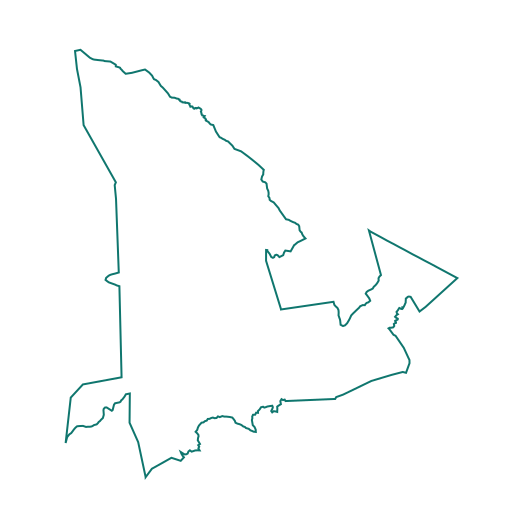 outline of San Andrés Cabecera Nueva, Oaxaca, Mexico, rotated 267°
{"feature_id": "50627088B54059614854517", "entity_name": "San Andrés Cabecera Nueva", "entity_type": "district", "adm_level": 2, "iso_a3": "MEX", "parent_name": "Mexico", "parent_adm1": "Oaxaca", "projection": "mercator", "projection_center": [-97.793, 16.825], "detail": "fine", "context": "isolated", "style": "outline", "palette": "teal", "viewbox_px": 512, "rotation_deg": 267, "n_neighbors": 0, "source": "geoboundaries", "source_scale": "gbopen_adm2", "svg_char_len": 5862}
<svg xmlns="http://www.w3.org/2000/svg" viewBox="0 0 512 512"><g transform="rotate(267 256 256)"><path d="M140.9,403.7L144.1,403.8L146.5,402.8L156.5,398.8L169.0,391.2L170.1,389.2L176.0,385.3L176.8,384.6L177.4,385.8L177.3,387.1L177.5,389.1L178.1,389.8L178.9,390.4L180.9,390.1L181.5,391.0L181.8,392.2L182.3,392.3L183.4,391.7L183.9,391.5L184.3,392.0L184.3,392.6L184.7,393.3L185.2,394.2L186.0,394.3L186.4,393.6L186.9,392.9L187.3,392.3L188.0,391.7L188.5,392.2L189.2,392.8L189.9,393.6L190.4,394.6L191.3,393.8L192.0,393.6L192.8,393.4L193.8,394.3L194.6,395.0L195.7,395.7L196.6,396.4L196.1,397.4L195.6,398.1L195.4,399.2L196.0,399.9L197.1,399.5L197.2,400.2L197.4,400.8L198.2,401.2L199.0,401.7L200.1,402.2L201.2,402.8L202.0,403.1L203.0,403.1L203.7,403.2L204.3,403.3L205.7,403.4L206.2,404.2L206.6,404.8L207.1,405.1L207.5,406.1L207.4,407.1L207.1,408.3L192.0,416.4L196.3,422.7L223.4,455.9L226.6,450.6L240.1,428.3L242.8,423.7L246.1,418.3L249.3,412.8L254.0,405.2L254.5,404.4L256.8,400.5L259.8,395.6L260.8,394.0L261.7,392.4L263.8,388.9L264.3,388.0L268.0,382.1L274.4,371.6L275.6,370.1L230.4,379.8L229.0,378.2L227.4,377.2L225.0,377.2L223.0,375.9L221.5,374.7L220.4,373.6L219.1,372.0L217.4,370.9L216.6,369.3L215.5,366.4L214.3,364.6L212.6,363.6L211.1,364.7L207.7,366.9L205.3,367.7L203.8,365.7L203.4,364.1L202.5,363.0L201.2,362.1L201.4,360.0L200.3,357.3L199.1,356.4L196.9,353.8L195.7,352.4L195.4,352.1L193.7,350.1L191.7,348.0L188.6,346.4L186.8,345.3L184.1,343.5L182.1,341.3L181.5,339.2L182.9,336.9L186.9,336.7L188.4,336.5L189.9,336.0L190.7,335.8L192.4,335.3L194.1,335.5L195.7,335.6L197.8,335.5L199.9,334.6L201.6,332.9L203.1,331.7L206.2,331.0L201.3,278.2L201.5,278.2L250.7,265.8L261.5,266.4L261.3,267.6L260.4,267.6L257.5,269.7L254.2,271.2L253.3,272.8L253.9,274.1L255.6,274.8L256.2,276.3L255.7,277.6L253.7,279.3L255.4,283.2L258.0,284.2L259.9,285.6L258.8,290.8L263.0,293.5L264.8,294.6L264.8,294.8L267.5,298.3L268.5,300.8L269.1,302.2L269.9,304.0L270.9,306.3L271.9,305.5L273.8,304.1L275.4,303.3L277.1,302.8L277.7,302.0L279.4,300.9L281.6,300.8L283.5,300.7L285.1,299.8L285.9,298.1L287.1,296.8L287.9,294.8L289.3,292.2L290.4,290.6L291.1,287.9L300.2,282.1L302.7,281.0L305.8,278.6L308.6,276.5L310.2,273.8L311.4,272.6L313.2,272.5L313.4,272.4L315.1,271.4L316.7,271.8L318.4,271.9L320.6,271.6L322.7,270.7L324.8,270.5L327.7,270.3L329.1,269.1L330.0,266.6L332.1,265.3L335.1,266.2L337.1,267.5L338.5,267.6L340.9,268.0L341.6,268.3L346.8,263.3L351.9,257.7L355.7,253.4L361.3,246.6L364.1,240.1L367.4,238.2L370.2,235.6L371.8,234.2L372.7,232.0L373.7,230.9L374.7,228.9L376.0,227.1L376.5,225.9L378.0,225.0L382.4,222.5L389.0,220.2L389.7,217.7L390.4,217.0L391.1,216.4L391.9,216.0L392.9,214.7L393.8,213.1L394.4,212.8L394.9,213.2L395.9,212.7L396.5,212.0L397.1,211.1L397.5,211.4L398.4,212.0L398.5,211.2L399.0,210.7L399.1,209.8L399.6,209.5L400.2,209.1L400.7,209.2L401.8,208.8L402.3,208.9L403.1,208.5L404.1,209.1L405.1,209.1L406.0,208.3L407.3,206.3L406.8,205.4L406.9,204.7L406.5,204.4L406.5,204.0L407.0,203.4L406.9,202.8L406.3,202.1L406.6,201.4L407.8,200.7L408.5,200.4L408.8,199.8L408.6,199.1L408.5,198.3L409.7,197.9L410.9,197.3L411.6,197.6L411.9,197.2L412.3,196.2L412.6,195.1L412.6,194.1L412.6,193.4L413.2,193.2L413.2,192.0L413.1,191.5L413.1,191.4L413.3,190.9L413.3,190.5L413.8,190.2L414.1,189.9L414.4,188.7L415.0,188.2L416.1,187.9L416.2,187.2L416.8,187.0L417.2,186.2L417.3,185.2L418.3,183.0L418.6,180.1L419.0,179.5L419.5,178.5L423.0,176.6L429.1,171.7L430.8,169.9L431.7,169.4L434.9,167.7L437.0,165.3L437.9,163.4L439.2,162.7L441.5,161.7L444.8,158.9L448.0,155.0L448.0,154.7L447.4,151.4L445.4,141.6L444.8,135.4L447.7,132.5L447.9,132.4L449.0,131.6L450.0,130.6L451.1,130.1L451.5,129.3L452.7,125.9L454.3,126.0L454.4,125.9L457.8,120.8L458.6,114.9L459.1,114.0L460.0,108.1L460.1,107.7L460.3,106.5L460.6,104.7L461.1,103.2L462.7,100.5L471.1,91.5L470.2,86.0L452.2,87.0L433.6,89.6L395.7,90.7L336.9,119.9L334.2,118.6L320.4,119.2L246.7,118.1L245.8,114.2L245.3,111.5L244.8,109.5L244.0,107.8L242.0,105.2L240.0,104.5L238.6,106.1L237.4,107.6L236.3,110.2L235.6,111.9L234.8,113.8L233.9,115.4L233.0,118.0L148.9,115.6L141.9,115.4L136.8,76.4L124.3,63.6L79.2,56.1L84.9,57.9L85.9,58.7L87.7,60.3L88.8,62.2L90.6,63.7L91.2,64.2L92.1,64.9L93.7,66.4L94.4,67.2L95.3,68.4L95.4,70.1L95.4,72.3L95.4,74.3L94.2,77.3L94.3,79.2L94.2,81.3L94.4,83.0L95.0,84.3L95.7,85.5L96.0,87.2L96.2,88.1L96.7,88.6L97.5,89.5L98.5,90.2L99.3,91.5L100.6,92.7L102.2,94.6L105.4,95.7L110.1,95.6L111.4,96.0L112.6,97.3L112.6,98.9L109.0,103.9L109.7,104.8L114.9,106.4L116.3,107.5L117.0,112.1L117.6,113.1L119.0,113.9L119.7,115.0L122.5,117.4L124.7,118.8L125.3,122.8L96.1,121.0L76.3,128.6L41.1,134.2L40.9,134.2L49.0,140.9L58.9,161.0L55.4,170.1L58.7,173.5L60.3,172.3L62.4,171.2L64.2,170.6L62.9,172.4L61.6,174.3L61.6,175.9L62.3,177.4L64.3,178.3L65.4,179.8L64.0,181.5L64.5,183.4L65.0,185.1L65.0,187.4L64.8,189.5L67.0,188.4L68.5,189.3L70.1,188.4L71.2,190.2L73.1,189.2L75.0,188.2L77.3,188.6L78.9,189.2L80.4,189.1L82.0,188.0L83.6,186.5L85.4,188.2L87.7,189.0L89.7,190.2L92.4,192.9L92.6,194.9L93.7,196.2L94.2,198.2L95.8,199.3L95.8,201.1L96.6,202.9L96.9,204.5L96.2,206.1L96.3,208.1L97.8,209.6L97.0,211.4L97.9,214.0L97.3,215.9L97.2,217.8L96.6,221.4L95.9,223.9L94.0,225.3L92.4,226.3L90.6,226.8L89.6,228.6L88.9,230.8L88.0,232.6L86.4,234.4L85.9,235.9L84.7,237.0L83.8,239.7L82.2,241.3L81.6,242.7L80.7,244.4L80.5,245.6L80.3,246.6L82.6,246.6L85.3,245.6L87.3,243.9L89.2,243.7L92.4,243.3L94.3,243.9L95.8,243.8L97.6,244.7L97.6,246.9L99.5,247.9L99.3,249.8L101.0,249.8L102.6,251.6L104.7,253.1L105.1,255.2L104.2,256.3L104.5,257.8L105.1,259.5L105.4,262.1L105.6,264.4L104.2,264.9L102.7,264.4L100.4,263.1L99.0,264.0L100.1,265.6L99.7,267.5L99.2,269.0L102.2,269.3L104.5,269.3L105.4,270.7L106.7,273.1L109.8,272.7L111.7,274.0L110.7,275.4L111.1,277.1L109.6,277.9L109.1,327.6L110.9,328.7L113.0,335.7L125.2,364.7L130.2,385.3L132.5,396.5L131.5,399.7L140.9,403.7Z" fill="none" stroke="#0f766e" stroke-width="2"/></g></svg>